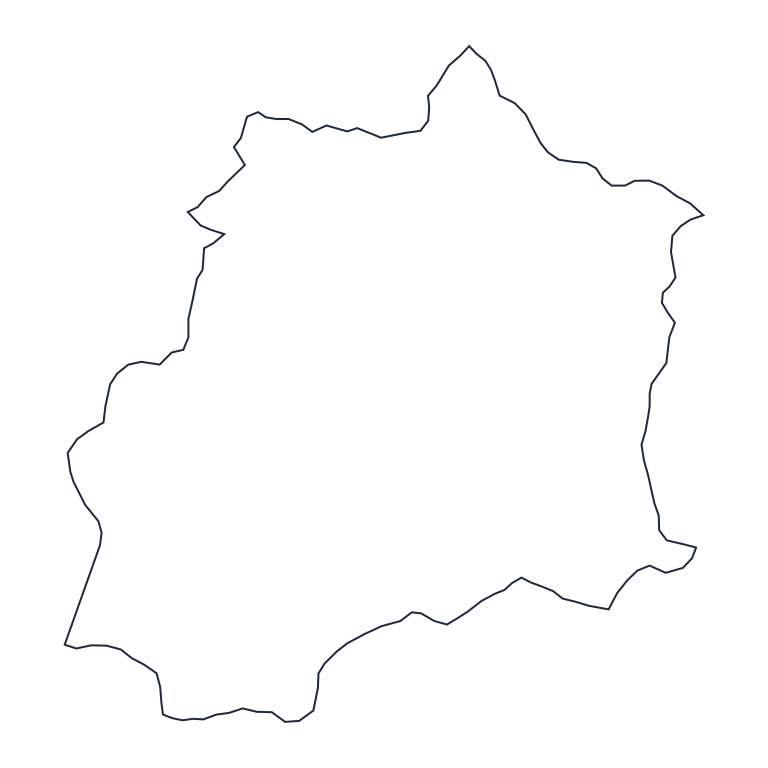 the district of São Tomás de Aquino, Minas Gerais, Brazil
{"feature_id": "56859067B74790643980501", "entity_name": "São Tomás de Aquino", "entity_type": "district", "adm_level": 2, "iso_a3": "BRA", "parent_name": "Brazil", "parent_adm1": "Minas Gerais", "projection": "orthographic", "projection_center": [-47.12, -20.781], "detail": "fine", "context": "isolated", "style": "outline", "palette": "slate", "viewbox_px": 768, "rotation_deg": 0, "n_neighbors": 0, "source": "geoboundaries", "source_scale": "gbopen_adm2", "svg_char_len": 2098}
<svg xmlns="http://www.w3.org/2000/svg" viewBox="0 0 768 768"><path d="M469.2,46.1L460.1,55.8L448.9,65.5L436.7,85.5L428.0,95.8L429.2,107.2L428.2,120.7L420.5,130.8L405.3,132.9L381.1,137.7L357.2,128.1L347.2,131.4L326.5,125.5L312.3,131.9L302.2,124.5L288.6,119.0L276.4,119.0L265.8,117.3L258.1,112.1L247.0,116.7L240.9,138.0L233.9,147.0L244.9,165.0L227.4,181.8L219.3,190.9L206.5,197.0L197.6,207.1L187.8,212.0L200.6,225.5L211.0,229.9L224.2,234.1L213.2,243.4L204.1,248.2L202.6,269.9L197.0,278.6L192.5,300.7L188.4,319.0L188.4,337.4L183.3,349.8L171.7,352.5L159.6,364.6L141.3,361.8L128.3,364.6L117.1,373.6L110.2,384.2L105.5,405.7L103.5,422.5L88.4,431.0L77.1,439.2L67.7,452.9L70.3,471.7L73.6,482.0L85.4,505.2L98.5,521.4L101.6,532.8L100.0,545.2L64.7,644.7L76.3,648.5L91.4,645.3L106.8,645.7L120.8,649.5L132.0,658.3L144.2,664.7L156.6,673.3L160.2,687.0L161.4,702.6L163.0,714.6L172.4,718.2L182.6,720.3L192.7,718.8L203.3,719.4L216.3,714.6L229.1,712.9L242.7,708.4L256.7,711.8L271.8,712.2L285.2,721.9L299.2,720.9L313.4,710.5L317.9,688.0L318.5,673.4L324.6,663.5L337.2,651.1L347.6,643.1L365.0,633.8L381.5,626.2L400.4,621.0L411.8,612.3L421.1,613.4L434.3,621.0L446.9,624.5L456.9,618.6L467.6,611.7L481.6,600.9L494.8,593.8L504.4,590.0L512.1,583.0L521.5,577.6L530.6,582.4L539.9,585.8L553.1,591.1L562.7,598.6L575.7,601.8L588.9,605.8L608.6,609.4L617.1,593.2L627.3,580.3L637.4,570.6L649.6,565.6L665.7,572.8L682.9,567.9L692.1,558.2L696.1,547.5L684.4,544.5L666.7,540.3L659.2,530.2L658.7,515.4L654.5,503.6L652.2,493.7L648.0,474.8L643.9,460.2L641.5,444.6L645.5,431.1L648.1,416.6L649.6,406.7L649.7,393.6L651.6,383.9L659.1,373.2L666.4,362.9L667.8,350.4L669.4,337.0L674.9,322.8L667.4,312.1L661.9,302.8L662.9,292.7L669.8,286.2L675.5,277.5L673.4,265.7L671.0,252.0L672.4,235.8L680.7,226.1L690.5,219.6L703.3,215.2L690.1,203.4L676.0,195.8L662.4,185.6L649.2,180.6L634.6,180.8L624.9,185.6L611.7,185.6L602.6,178.5L596.1,168.3L586.5,162.9L572.9,161.8L558.7,159.7L548.1,152.5L540.4,142.8L533.5,129.8L525.8,114.6L514.8,103.2L499.6,95.6L495.0,80.6L490.9,69.7L485.2,60.6L476.3,53.7L469.2,46.1Z" fill="none" stroke="#1e293b" stroke-width="2"/></svg>